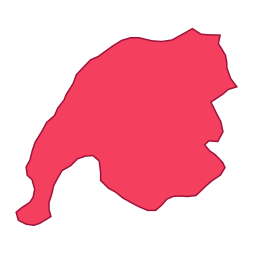 outline of Stylloi, Cyprus, rotated 94°
{"feature_id": "46923920B22969958505776", "entity_name": "Stylloi", "entity_type": "district", "adm_level": 2, "iso_a3": "CYP", "parent_name": "Cyprus", "parent_adm1": "", "projection": "natural_earth1", "projection_center": [33.836, 35.162], "detail": "fine", "context": "isolated", "style": "filled", "palette": "rose", "viewbox_px": 256, "rotation_deg": 94, "n_neighbors": 0, "source": "geoboundaries", "source_scale": "gbopen_adm2", "svg_char_len": 1194}
<svg xmlns="http://www.w3.org/2000/svg" viewBox="0 0 256 256"><g transform="rotate(94 128 128)"><path d="M79.3,22.3L71.5,29.1L61.0,33.6L55.5,34.1L48.8,35.8L42.2,40.3L37.7,43.7L28.9,42.6L29.4,52.1L29.4,61.7L24.4,70.7L30.0,79.1L37.2,90.3L39.4,100.4L39.4,110.0L37.2,123.5L37.7,131.4L41.0,140.3L47.1,148.8L52.7,155.5L58.8,162.8L62.6,170.1L68.7,175.2L78.2,183.1L87.6,185.9L99.2,192.1L104.7,193.8L113.0,199.4L120.8,202.2L128.0,209.5L138.0,214.0L148.5,219.6L157.3,221.9L166.8,223.6L174.0,226.9L182.3,225.2L186.1,220.2L195.6,216.8L203.9,217.9L208.9,220.7L215.5,229.2L219.9,233.7L227.7,230.9L231.0,223.0L231.6,215.1L229.3,209.5L221.7,198.7L214.9,201.1L207.7,201.6L198.9,199.4L191.1,198.3L184.5,195.4L175.1,190.9L169.5,182.5L162.3,176.3L159.0,168.5L157.9,161.1L162.9,154.4L174.5,152.2L182.3,151.6L189.5,143.2L192.8,135.9L198.3,128.0L202.2,119.6L205.5,112.2L208.8,102.7L208.3,94.8L202.8,89.2L196.1,84.1L192.8,77.4L192.2,70.1L192.2,63.9L190.6,55.5L185.0,50.4L180.0,45.9L174.5,40.3L168.4,32.4L160.7,28.5L155.7,31.3L148.5,39.2L145.2,44.8L139.6,50.4L135.2,46.5L135.2,37.5L125.2,33.0L115.3,35.8L108.1,40.3L96.4,47.1L87.6,35.8L82.6,30.8L79.3,22.3Z" fill="#f43f5e" stroke="#9f1239" stroke-width="1.5"/></g></svg>